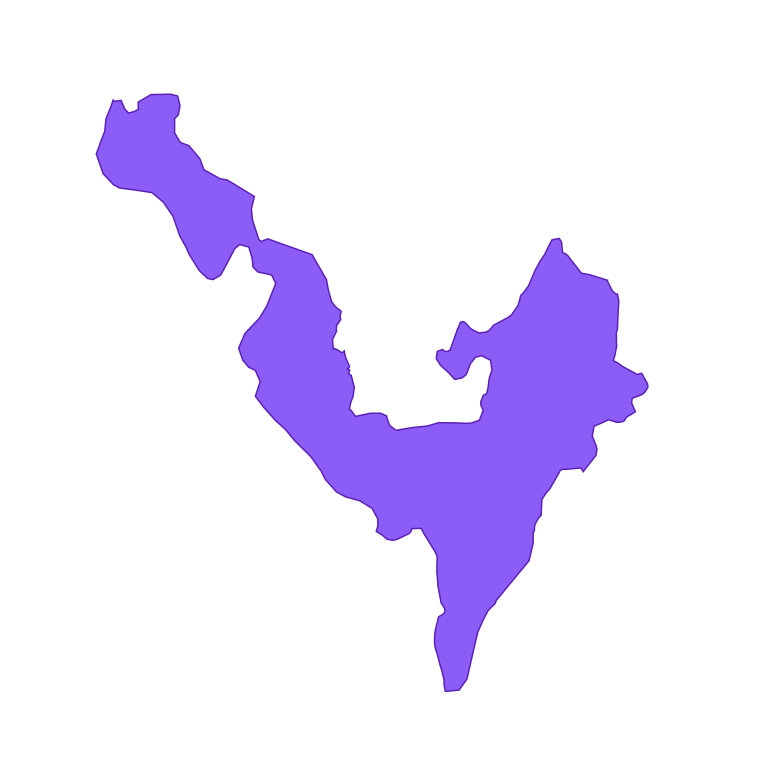 outline of Ibb, Ibb, Yemen, rotated 174°
{"feature_id": "15242507B92318090783838", "entity_name": "Ibb", "entity_type": "district", "adm_level": 2, "iso_a3": "YEM", "parent_name": "Yemen", "parent_adm1": "Ibb", "projection": "equal_earth", "projection_center": [44.175, 13.992], "detail": "fine", "context": "isolated", "style": "filled", "palette": "violet", "viewbox_px": 768, "rotation_deg": 174, "n_neighbors": 0, "source": "geoboundaries", "source_scale": "gbopen_adm2", "svg_char_len": 5545}
<svg xmlns="http://www.w3.org/2000/svg" viewBox="0 0 768 768"><g transform="rotate(174 384 384)"><path d="M413.9,383.9L415.7,396.1L415.9,396.2L417.6,397.3L418.2,398.4L417.6,398.7L417.4,399.2L417.4,399.9L417.1,400.9L416.7,401.0L416.8,401.3L417.0,401.7L417.8,402.2L417.9,402.4L418.4,402.4L418.8,402.4L418.7,402.7L418.6,403.0L418.1,403.3L417.7,403.5L417.4,403.6L416.4,404.7L416.4,404.8L416.9,406.3L417.9,409.4L418.3,410.8L418.8,412.5L419.3,414.4L419.5,415.1L419.6,415.3L419.7,415.9L419.7,416.7L419.8,417.1L419.8,417.3L419.7,417.7L419.7,418.1L419.9,418.6L420.1,419.5L420.0,420.7L420.0,421.0L420.4,420.8L420.6,420.7L420.8,420.6L421.0,420.5L421.2,420.4L421.3,420.2L421.5,420.0L421.7,419.9L421.9,419.8L422.0,419.8L422.4,419.7L422.5,419.6L422.9,419.5L423.0,419.6L423.3,419.7L423.4,419.8L423.7,420.1L423.9,420.3L424.0,420.4L424.1,420.6L424.3,420.7L424.5,421.0L424.9,421.5L425.2,421.8L425.5,421.9L426.3,422.4L426.7,422.8L426.9,422.9L427.3,423.1L427.6,423.2L427.8,423.5L428.0,423.6L428.2,423.8L428.4,423.9L428.7,424.0L429.0,424.1L429.3,424.2L429.6,424.3L429.9,424.4L430.2,424.3L430.3,424.2L430.4,423.9L430.6,423.9L430.8,424.0L430.5,433.8L425.6,441.6L425.7,442.0L425.7,443.1L425.6,444.1L425.4,444.7L425.3,445.7L425.2,446.3L424.6,447.5L424.3,448.1L423.1,449.2L422.8,449.5L421.6,451.1L420.6,452.2L420.2,452.7L420.7,455.8L420.2,456.9L419.0,460.8L424.1,465.8L427.5,471.3L429.7,484.9L430.3,493.7L440.0,515.7L441.9,520.1L455.5,526.6L463.6,530.5L474.7,535.8L484.4,540.5L491.1,538.6L493.4,540.8L497.6,560.6L497.6,572.0L493.8,582.7L493.3,584.0L505.3,593.2L518.5,603.2L525.7,605.4L532.3,610.0L540.7,615.9L543.5,627.1L550.4,637.4L553.1,641.4L561.3,645.5L564.9,653.3L566.0,655.8L564.5,669.7L560.4,673.3L557.8,682.2L559.1,691.9L565.9,694.5L585.5,696.2L599.0,690.0L599.6,682.9L603.7,681.1L609.7,680.2L613.1,684.6L615.8,693.5L623.1,693.4L623.7,694.6L626.5,688.6L632.8,676.8L635.3,664.6L640.0,655.4L643.1,648.8L646.1,642.8L643.8,633.0L641.3,622.4L636.5,616.2L632.2,610.5L626.4,606.5L621.7,605.4L611.6,603.0L606.5,601.7L594.7,598.6L591.6,595.4L584.5,588.0L576.4,573.0L574.9,566.8L571.6,552.6L567.4,542.7L567.3,542.8L564.1,533.1L559.7,524.0L556.0,516.3L552.9,512.7L548.6,507.5L543.2,505.7L535.1,509.3L528.3,519.1L525.5,523.4L521.5,529.4L518.3,534.2L512.9,537.8L504.1,534.3L502.0,522.8L502.0,514.0L497.8,508.6L484.4,504.2L481.1,495.4L489.3,479.8L492.7,473.4L501.1,462.4L510.1,454.7L516.9,448.9L524.8,434.9L522.0,422.5L516.8,414.8L510.5,411.0L506.9,399.3L513.2,385.3L508.9,378.2L505.7,372.9L501.5,367.1L496.2,359.6L486.7,349.0L483.2,343.6L478.6,336.7L464.5,319.6L461.5,314.3L455.5,303.7L452.3,295.2L447.6,288.7L442.7,281.8L437.7,278.3L433.9,275.7L425.9,272.6L423.4,271.6L420.4,270.4L417.0,267.8L408.9,261.6L404.3,250.6L405.0,243.4L407.1,238.2L401.1,233.5L397.4,229.4L391.7,227.6L387.0,228.2L379.2,231.0L374.6,232.6L372.6,234.5L371.4,237.2L362.3,236.6L360.2,232.1L360.4,231.9L351.7,213.8L351.2,212.8L350.1,210.2L349.3,207.2L349.2,205.6L349.7,202.4L350.4,197.5L351.1,190.6L351.2,183.2L351.5,177.9L351.1,173.2L350.1,160.8L350.1,160.4L349.0,158.2L348.5,157.1L348.0,156.1L347.3,154.7L347.1,153.2L347.1,152.1L347.7,150.6L349.4,148.8L351.2,148.0L352.8,147.4L354.2,146.5L354.6,145.4L355.6,142.3L356.8,139.1L357.9,136.1L358.8,133.3L359.6,130.1L360.2,126.3L360.6,123.2L360.8,120.2L360.6,116.4L360.0,113.1L359.3,110.0L358.9,107.1L358.4,104.1L358.0,100.9L357.5,98.0L356.9,95.0L356.3,92.1L356.0,89.2L355.6,86.3L355.2,83.3L355.5,80.3L355.6,77.0L355.3,74.1L355.2,72.0L351.3,71.8L341.2,71.8L332.3,82.0L327.6,95.8L321.9,112.5L316.7,127.3L314.3,131.5L310.0,139.1L304.0,148.0L296.5,154.0L295.0,157.0L258.2,193.1L252.3,210.1L251.3,219.4L250.8,221.4L250.1,221.9L249.7,222.6L249.3,226.0L248.6,228.3L247.3,230.3L245.0,233.8L242.9,235.8L241.8,236.7L241.4,237.1L239.1,252.6L236.7,255.6L233.8,259.0L233.4,259.4L229.9,262.6L219.2,277.4L218.0,279.4L215.3,280.6L212.6,280.1L208.9,280.1L196.9,279.9L195.0,276.0L180.7,290.8L179.0,296.7L179.6,300.8L182.3,310.4L179.5,320.0L167.7,323.8L164.2,324.9L158.0,322.3L157.2,321.6L152.9,321.4L149.4,321.9L146.1,325.9L140.7,328.2L136.9,330.2L139.7,339.3L138.8,343.4L137.6,344.2L133.0,345.3L128.7,346.5L125.3,348.7L121.9,353.2L121.9,356.6L126.6,367.7L131.3,367.1L144.9,376.5L146.2,377.8L150.3,381.2L153.4,383.1L153.5,383.2L151.2,388.9L148.6,397.6L148.6,399.6L147.5,411.2L146.1,414.0L145.6,417.8L143.2,433.8L141.8,441.7L142.3,447.7L142.3,447.9L142.5,449.0L143.4,448.8L147.0,452.4L151.1,463.1L150.8,463.8L159.9,467.7L168.6,471.4L175.5,473.3L176.7,474.4L178.8,477.9L186.2,489.8L187.9,492.5L189.9,494.6L192.7,496.0L192.6,506.5L194.5,510.5L201.8,509.8L206.3,503.2L210.5,496.3L216.8,488.7L217.0,488.2L221.6,481.6L230.0,466.5L235.6,460.4L238.5,457.9L239.4,456.1L240.7,452.0L241.1,451.8L242.5,448.0L250.0,439.4L253.9,437.1L268.9,431.0L273.3,426.6L277.1,424.9L284.3,424.9L289.7,428.2L292.1,430.1L296.1,435.6L297.8,437.3L299.6,437.9L301.6,437.3L304.7,431.4L305.0,431.2L314.7,410.8L317.8,409.7L320.2,410.3L322.2,412.2L327.6,410.8L329.4,403.9L325.9,396.7L318.2,388.1L313.2,381.2L305.9,381.8L301.2,384.8L296.1,394.9L290.4,401.0L283.8,401.9L282.8,401.2L282.7,401.4L282.7,401.1L275.5,396.4L275.2,386.6L278.8,378.6L281.0,369.0L282.9,363.7L286.4,362.4L289.5,356.4L289.9,352.9L288.1,347.5L292.9,338.0L301.2,336.0L306.9,336.3L315.5,337.7L326.9,339.0L333.7,339.8L340.4,338.6L345.2,337.7L356.7,337.7L360.9,337.7L368.7,337.2L376.9,336.7L379.4,339.0L382.9,342.5L384.4,349.4L384.9,352.1L390.5,355.3L395.4,355.8L400.3,356.4L412.6,355.1L415.9,354.7L416.0,355.4L419.9,361.7L421.2,362.7L420.6,364.1L418.9,369.3L416.0,375.0L413.9,383.9Z" fill="#8b5cf6" stroke="#5b21b6" stroke-width="1.5"/></g></svg>